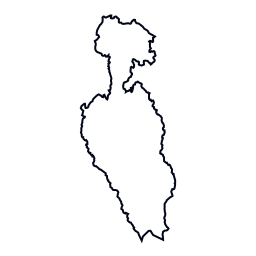 the district of Dois Irmãos do Buriti, Mato Grosso do Sul, Brazil
{"feature_id": "56859067B95932386294649", "entity_name": "Dois Irmãos do Buriti", "entity_type": "district", "adm_level": 2, "iso_a3": "BRA", "parent_name": "Brazil", "parent_adm1": "Mato Grosso do Sul", "projection": "robinson", "projection_center": [-55.365, -20.59], "detail": "fine", "context": "isolated", "style": "outline", "palette": "ink", "viewbox_px": 256, "rotation_deg": 0, "n_neighbors": 0, "source": "geoboundaries", "source_scale": "gbopen_adm2", "svg_char_len": 5771}
<svg xmlns="http://www.w3.org/2000/svg" viewBox="0 0 256 256"><path d="M141.7,240.6L142.9,236.5L148.6,230.9L150.5,230.8L153.1,235.0L163.1,239.8L162.8,235.9L162.5,234.6L163.1,231.7L164.8,230.6L166.4,230.5L167.3,230.1L168.1,229.3L168.5,228.5L167.9,227.7L167.0,227.1L165.0,223.8L165.1,223.0L164.6,222.1L165.1,220.5L164.2,217.9L164.6,216.7L165.1,215.9L165.3,214.1L165.3,213.3L164.8,211.8L164.7,209.8L164.5,208.9L164.7,206.0L164.5,204.9L164.8,203.5L166.4,201.3L166.7,200.3L169.9,197.5L172.5,196.0L172.4,195.0L171.4,192.4L171.3,191.4L172.3,189.1L173.2,189.3L174.2,188.9L174.8,187.2L174.8,186.3L175.2,183.9L174.7,183.4L175.2,181.9L175.1,179.8L174.6,178.8L174.6,178.0L174.0,176.4L173.6,174.1L172.9,174.2L172.5,173.1L171.7,172.5L172.1,170.0L171.8,168.8L171.2,168.3L171.0,167.5L170.1,165.4L169.5,164.7L168.3,165.0L166.9,162.7L166.3,162.9L164.1,161.2L164.0,157.2L163.3,156.4L163.0,154.9L162.3,154.4L161.3,154.2L161.0,153.5L160.2,153.3L160.4,151.0L161.7,149.7L162.5,148.1L162.1,147.1L162.1,146.2L162.5,145.2L161.3,143.9L161.8,142.0L161.8,141.1L162.8,138.7L162.8,137.9L162.1,137.6L162.2,136.6L162.6,135.3L163.7,135.0L164.7,132.4L164.5,130.4L163.7,130.4L162.9,129.2L163.0,128.0L163.9,127.1L163.8,126.4L163.9,125.6L163.2,123.3L162.5,122.9L161.9,121.6L161.6,120.3L161.8,119.0L161.8,117.8L160.5,116.0L159.7,115.6L158.5,114.5L157.5,114.5L156.3,112.8L156.1,111.9L156.3,111.2L156.8,110.7L156.7,109.9L155.4,109.8L154.9,109.3L154.0,108.5L154.1,107.1L152.6,106.3L152.7,105.1L153.5,104.1L153.9,102.6L153.2,100.5L152.3,100.5L151.6,101.2L150.9,100.5L150.6,99.6L149.7,99.8L149.0,98.8L149.0,95.0L149.2,94.0L148.6,93.3L149.2,93.0L148.3,92.5L147.5,92.5L146.5,92.2L145.8,90.8L144.6,89.9L143.6,88.6L142.0,87.6L141.3,86.0L141.8,84.4L141.5,83.7L139.4,82.8L137.7,81.6L137.0,82.3L136.2,82.2L135.4,82.7L135.0,84.5L134.1,84.6L133.4,85.1L133.1,85.9L133.2,87.1L132.9,88.5L132.1,87.5L131.0,87.8L132.1,90.4L132.2,91.3L131.6,92.0L131.0,91.6L129.9,89.8L128.3,91.0L127.3,91.1L125.9,92.0L126.1,91.0L125.3,90.0L124.9,89.1L123.6,88.7L123.3,87.6L123.1,86.2L123.6,83.7L123.9,82.9L124.5,82.3L125.4,82.2L127.7,81.0L128.2,80.5L128.1,79.6L128.7,78.4L129.4,77.5L131.0,76.8L131.3,75.3L132.0,74.6L132.0,73.5L130.5,71.9L130.7,68.6L130.8,67.4L131.4,66.8L133.3,67.8L134.0,67.0L134.1,64.7L133.5,63.8L133.4,62.9L132.3,61.6L132.8,59.9L133.3,59.1L135.3,59.9L136.1,60.9L137.1,61.4L138.6,61.6L139.0,62.4L138.8,64.3L139.3,65.0L141.7,65.5L143.9,64.6L144.0,63.4L143.7,62.1L143.9,60.9L145.4,60.6L147.7,61.0L149.0,62.6L149.9,62.9L150.7,64.5L151.6,63.9L152.3,62.9L154.1,61.7L154.7,60.7L154.6,59.6L153.5,58.4L153.3,57.5L153.8,56.7L154.7,56.4L155.5,55.6L155.3,54.6L154.8,53.6L154.6,51.7L154.1,51.2L153.2,51.2L152.5,51.7L151.6,51.2L150.4,52.1L149.4,51.8L149.4,50.9L149.6,49.9L150.9,48.3L149.9,47.0L150.0,45.7L149.8,44.5L150.1,43.4L149.8,42.2L149.1,41.5L149.9,40.9L150.9,40.9L151.6,41.6L152.5,42.0L153.1,41.6L153.0,37.8L153.9,37.5L155.0,36.5L148.9,33.1L147.9,31.1L147.0,30.3L144.4,28.8L142.6,26.5L140.3,24.7L138.6,23.5L137.9,23.3L137.1,23.4L136.2,22.9L135.1,21.0L135.0,19.9L134.1,19.7L133.4,19.9L132.9,20.7L131.8,21.4L131.5,22.4L130.7,23.6L130.0,23.8L128.7,23.3L127.9,23.2L127.0,23.5L126.2,23.4L124.3,23.9L122.1,23.7L121.1,22.6L119.5,22.7L118.8,22.1L118.9,19.1L118.3,18.4L117.3,18.0L116.5,16.8L115.8,16.5L114.4,16.9L113.9,18.0L113.0,18.4L111.8,18.4L110.9,18.1L110.7,17.2L111.2,16.7L111.3,15.5L110.4,15.4L106.4,17.4L105.4,17.5L103.9,16.5L103.3,16.6L102.5,17.4L102.7,18.9L102.5,21.9L100.9,24.3L100.0,24.9L97.4,29.7L96.7,32.4L96.7,34.8L98.3,35.2L99.1,37.0L96.8,39.8L94.8,41.0L94.9,41.7L95.4,42.3L95.6,43.1L95.8,44.7L95.2,47.0L95.3,48.9L95.5,50.0L95.9,50.7L97.2,52.0L101.5,53.7L102.0,55.2L102.8,55.8L104.1,55.8L104.7,55.1L105.5,55.4L106.1,56.7L107.0,56.7L107.7,56.6L107.9,55.8L108.5,55.2L108.5,56.1L109.0,56.7L109.9,57.2L108.8,59.6L108.5,61.3L109.4,61.8L109.8,62.6L109.2,63.2L108.4,63.6L108.7,65.2L108.2,66.3L108.9,66.9L109.2,67.9L108.5,68.7L109.3,70.0L109.4,71.0L109.2,71.9L109.7,72.4L110.1,73.6L110.2,74.5L111.2,77.4L111.4,78.8L111.1,79.8L111.0,80.7L111.4,83.5L111.3,84.5L110.5,85.2L110.3,86.6L110.7,87.6L110.3,89.7L109.9,90.4L108.8,90.4L109.2,91.4L109.8,91.9L110.2,92.9L109.5,94.0L108.8,94.4L107.9,95.9L107.7,98.3L107.2,99.4L106.4,98.8L105.0,96.3L104.4,94.8L103.5,95.2L103.7,96.4L103.2,97.2L102.3,97.0L101.1,95.8L98.8,94.4L97.8,94.8L96.0,96.3L93.5,98.7L93.0,99.6L92.5,101.2L90.5,102.5L88.7,105.2L88.2,106.9L87.6,107.6L86.4,108.0L85.6,108.0L85.3,107.4L85.0,103.8L84.2,103.8L81.6,106.0L80.8,108.1L81.7,109.5L83.3,110.7L82.5,114.2L82.0,115.1L83.5,116.3L84.9,116.7L84.6,117.6L83.2,118.3L82.7,119.1L82.3,121.5L82.4,122.4L81.7,124.2L81.6,125.3L82.2,126.0L81.3,128.1L81.4,131.0L80.9,132.4L81.7,134.3L81.8,136.3L82.3,137.2L83.2,137.2L83.3,138.5L84.8,140.2L85.6,140.5L86.2,140.1L87.3,141.6L87.4,144.0L86.3,144.3L86.0,145.1L86.7,145.7L87.0,146.4L86.8,147.3L88.4,148.6L88.5,149.4L88.2,150.3L88.1,151.4L89.2,152.9L89.8,152.6L90.5,153.0L90.3,153.7L90.7,154.5L91.5,155.1L92.2,154.9L92.2,155.8L92.4,156.5L93.4,156.1L94.1,157.4L94.4,158.6L94.1,159.5L94.3,160.6L94.0,161.6L93.1,162.9L93.7,165.4L95.4,166.3L96.2,166.2L98.4,168.1L99.1,169.0L99.9,169.4L100.6,169.5L105.7,173.3L105.8,174.4L105.6,175.2L107.0,176.0L107.1,178.2L107.7,179.9L108.3,180.3L108.2,181.0L109.1,182.1L110.5,183.2L110.1,184.1L110.5,187.2L111.8,187.9L112.8,189.7L113.5,190.0L115.4,190.0L116.9,190.4L118.1,191.7L118.3,192.6L117.9,193.6L117.4,196.6L119.2,198.2L120.0,200.0L121.1,201.7L121.4,203.7L122.1,204.4L122.5,205.3L121.6,207.4L121.3,208.9L122.7,209.8L123.4,212.4L124.3,213.1L125.2,213.5L125.7,212.8L128.1,213.9L127.2,215.2L127.2,217.2L128.1,218.2L127.6,220.0L127.9,220.8L129.7,222.4L130.3,222.4L131.0,222.7L131.8,224.2L132.8,225.3L133.2,226.5L134.2,227.5L133.6,228.6L134.4,229.7L135.7,231.1L136.6,231.5L138.2,232.7L139.1,235.3L141.7,240.6Z" fill="none" stroke="#020617" stroke-width="2"/></svg>